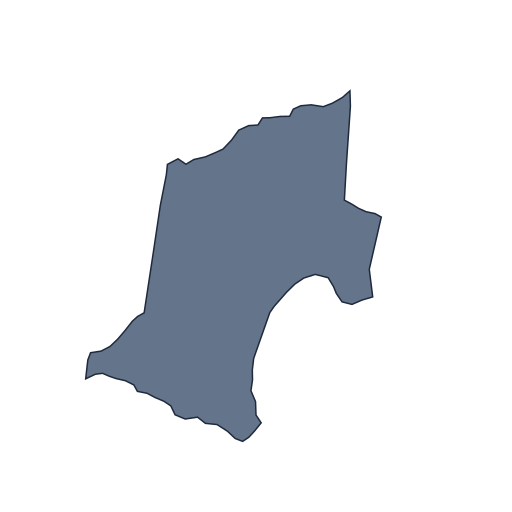 Pilar, Paraíba, Brazil, rotated 209°
{"feature_id": "56859067B15568189766484", "entity_name": "Pilar", "entity_type": "district", "adm_level": 2, "iso_a3": "BRA", "parent_name": "Brazil", "parent_adm1": "Paraíba", "projection": "orthographic", "projection_center": [-35.268, -7.284], "detail": "fine", "context": "isolated", "style": "filled", "palette": "slate", "viewbox_px": 512, "rotation_deg": 209, "n_neighbors": 0, "source": "geoboundaries", "source_scale": "gbopen_adm2", "svg_char_len": 1202}
<svg xmlns="http://www.w3.org/2000/svg" viewBox="0 0 512 512"><g transform="rotate(209 256 256)"><path d="M253.9,446.0L257.3,436.5L263.4,426.5L269.6,419.2L281.0,415.0L289.7,409.1L294.6,402.5L294.3,394.5L302.5,389.8L310.8,383.7L317.3,379.9L317.8,371.5L325.6,366.5L332.1,357.7L333.6,345.5L336.7,333.5L342.3,325.9L348.5,318.0L357.1,310.3L361.8,302.3L371.3,303.2L377.9,293.2L373.8,283.6L364.3,254.1L347.3,208.7L326.3,152.1L330.2,145.8L332.5,139.1L334.5,126.8L336.7,116.0L339.8,106.2L345.4,97.7L353.8,91.2L352.7,83.6L350.0,77.0L345.4,66.0L339.1,74.8L333.3,79.0L326.1,79.7L318.8,81.0L309.8,83.6L300.3,84.0L294.1,80.1L284.8,83.1L275.7,83.3L266.2,84.3L257.8,83.6L249.8,77.9L238.9,79.1L229.0,86.7L219.1,85.1L208.4,89.7L196.0,88.9L185.7,86.3L177.8,87.4L174.4,94.0L172.4,102.3L170.6,112.6L178.9,116.9L185.8,128.4L195.1,135.7L199.0,146.0L204.0,154.6L208.4,165.4L216.5,213.2L215.7,220.8L213.9,229.0L211.8,238.8L208.4,250.3L203.5,259.9L195.3,268.6L182.4,272.0L173.3,266.8L167.6,262.2L158.5,257.6L148.6,260.2L141.8,269.0L134.1,276.8L150.5,299.3L165.3,350.8L172.5,350.8L181.2,348.1L189.5,347.4L196.8,347.8L205.8,347.7L221.9,381.1L246.0,432.7L253.9,446.0Z" fill="#64748b" stroke="#1e293b" stroke-width="1.5"/></g></svg>